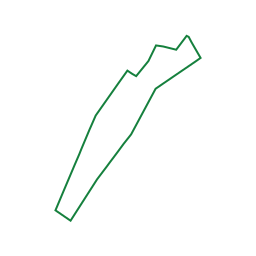 Francisco Santos, Piauí, Brazil, rotated 206°
{"feature_id": "56859067B27447279737668", "entity_name": "Francisco Santos", "entity_type": "district", "adm_level": 2, "iso_a3": "BRA", "parent_name": "Brazil", "parent_adm1": "Piauí", "projection": "robinson", "projection_center": [-41.157, -7.004], "detail": "fine", "context": "isolated", "style": "outline", "palette": "green", "viewbox_px": 256, "rotation_deg": 206, "n_neighbors": 0, "source": "geoboundaries", "source_scale": "gbopen_adm2", "svg_char_len": 586}
<svg xmlns="http://www.w3.org/2000/svg" viewBox="0 0 256 256"><g transform="rotate(206 128 128)"><path d="M153.7,179.3L156.3,163.7L162.5,125.1L162.0,113.0L161.9,110.0L160.7,88.5L160.3,83.1L159.8,72.1L158.3,43.6L157.1,22.2L139.0,19.5L133.3,68.3L131.3,78.5L130.3,83.5L129.3,89.0L126.8,101.9L125.0,111.8L122.4,123.6L120.4,175.4L115.8,183.5L95.8,218.6L93.5,222.8L106.1,231.3L108.6,233.0L109.7,233.8L113.4,236.5L115.7,236.5L116.5,232.3L116.9,230.3L119.0,219.5L132.1,216.7L139.0,214.5L139.0,197.1L143.4,178.2L148.0,178.5L153.7,179.3Z" fill="none" stroke="#15803d" stroke-width="2"/></g></svg>